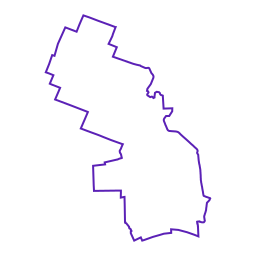 Lisa, Teleorman, Romania (Equal Earth projection)
{"feature_id": "2599482B42083159731508", "entity_name": "Lisa", "entity_type": "district", "adm_level": 2, "iso_a3": "ROU", "parent_name": "Romania", "parent_adm1": "Teleorman", "projection": "equal_earth", "projection_center": [25.161, 43.763], "detail": "fine", "context": "isolated", "style": "outline", "palette": "violet", "viewbox_px": 256, "rotation_deg": 0, "n_neighbors": 0, "source": "geoboundaries", "source_scale": "gbopen_adm2", "svg_char_len": 5268}
<svg xmlns="http://www.w3.org/2000/svg" viewBox="0 0 256 256"><path d="M169.2,116.0L172.2,111.3L172.3,108.3L163.6,108.6L162.8,95.6L162.3,95.4L160.8,94.9L160.2,94.3L159.9,93.1L159.0,92.2L156.7,91.8L155.0,92.8L154.5,96.5L154.5,97.5L153.4,98.0L152.6,97.0L151.9,96.6L150.2,97.1L147.4,95.3L147.2,94.4L148.5,92.4L148.1,91.4L147.0,90.9L147.4,88.8L150.8,84.1L153.4,77.7L153.5,76.2L152.8,74.7L151.4,73.1L149.3,68.4L148.9,68.0L148.3,67.8L146.2,68.1L145.3,68.0L140.7,66.0L140.0,65.4L138.7,65.2L137.5,64.9L136.9,64.8L133.2,63.8L118.6,58.7L112.9,56.7L116.8,47.2L111.9,45.2L108.6,43.9L112.3,36.2L112.7,34.9L113.0,33.9L115.6,27.1L115.4,27.1L110.3,25.2L99.3,21.2L98.2,20.8L89.3,17.4L83.4,15.4L81.2,20.4L79.4,24.6L76.6,31.7L65.3,27.4L57.9,43.9L54.5,55.8L52.2,55.1L49.1,64.1L45.8,72.3L48.7,73.3L53.4,75.2L49.8,83.7L51.6,84.5L60.1,87.8L58.6,91.4L55.1,99.5L71.1,105.5L87.7,111.9L87.9,112.0L84.3,120.4L83.9,121.3L80.8,128.5L81.1,128.6L87.7,131.1L88.6,131.4L89.6,131.8L97.0,134.5L99.9,135.6L103.3,137.0L110.9,140.0L121.2,143.7L122.8,144.2L122.2,145.5L121.7,146.7L121.5,147.1L121.0,148.5L120.7,149.1L120.5,149.4L120.2,149.9L119.7,150.9L119.7,151.3L119.8,151.7L119.9,152.5L120.0,152.8L120.2,153.1L120.3,153.1L120.5,153.5L120.7,153.8L120.9,154.1L121.0,154.6L121.2,155.1L121.2,155.4L121.3,155.7L121.5,156.7L121.8,157.6L121.8,158.0L121.2,158.2L120.6,158.3L120.4,158.4L119.9,158.5L119.6,158.6L119.3,158.7L119.0,158.8L118.5,159.1L117.9,159.3L117.5,159.5L117.3,159.5L104.7,162.4L105.1,164.4L93.1,165.8L93.1,166.2L93.7,185.2L94.0,190.9L117.3,190.6L120.2,190.6L120.9,190.6L120.9,192.9L120.8,195.4L120.8,197.1L120.8,197.6L123.8,197.0L124.5,196.9L124.7,204.6L125.0,222.1L125.1,222.6L125.4,222.6L125.4,222.9L125.5,223.0L125.8,223.1L126.0,223.2L126.2,223.3L126.3,223.4L126.5,223.5L127.0,224.2L127.4,224.7L128.1,225.5L128.5,226.1L129.0,226.7L129.0,226.8L129.1,227.0L129.1,227.7L129.3,228.1L129.6,228.4L129.6,228.5L129.8,228.6L130.3,228.8L130.6,229.3L130.8,229.4L130.9,229.8L131.0,230.1L131.1,230.3L131.4,230.7L131.5,230.9L131.5,231.1L131.4,231.2L131.3,231.3L131.2,231.3L131.1,231.2L130.9,231.2L130.9,231.3L130.8,231.5L130.8,231.9L130.8,232.2L130.8,232.5L130.8,232.9L130.8,233.2L134.2,240.6L135.2,240.1L137.9,238.8L140.8,237.4L141.5,239.0L142.2,240.6L143.9,240.1L146.7,239.1L152.9,236.9L155.7,236.1L159.6,235.0L163.9,233.7L171.2,232.9L171.1,229.3L178.3,229.9L187.0,232.2L194.4,234.8L198.4,236.4L198.0,227.2L197.9,226.6L198.0,226.4L198.0,226.2L197.9,225.9L197.9,225.6L197.8,225.4L197.8,225.2L197.8,224.9L197.7,224.7L197.7,224.4L197.7,224.1L197.5,223.5L197.3,223.5L197.2,222.8L197.2,222.5L197.1,222.0L197.1,221.8L197.1,221.7L197.4,221.6L197.8,221.6L198.2,221.5L198.6,221.5L199.1,221.4L199.3,221.4L199.6,221.4L199.7,221.5L199.8,221.6L199.9,221.8L200.0,221.8L200.3,221.9L200.5,221.9L200.8,222.0L201.0,222.1L201.4,222.2L201.9,222.3L202.5,222.3L203.0,222.3L203.3,222.3L203.5,222.3L203.7,222.2L203.9,222.2L204.1,222.0L204.2,221.8L204.4,221.6L204.5,221.4L204.6,221.2L204.7,220.9L204.8,220.8L204.8,220.7L204.8,220.4L204.7,220.1L204.6,219.7L204.5,219.2L204.5,218.8L204.4,218.4L204.3,218.0L204.3,217.6L204.2,217.1L204.2,216.6L204.2,216.2L204.3,215.9L204.4,215.5L204.5,215.2L204.7,214.7L204.8,214.1L205.0,213.6L205.1,213.3L205.2,213.0L205.4,212.5L205.6,211.7L205.8,211.1L205.8,210.9L205.9,210.6L206.1,210.1L206.1,209.8L206.1,209.4L206.2,208.5L206.3,207.6L206.5,206.5L206.6,205.3L206.7,204.7L206.8,203.9L206.9,203.3L206.9,203.0L207.0,202.8L207.1,202.6L207.4,202.3L208.0,201.7L208.6,201.1L209.1,200.5L209.3,200.3L209.5,200.0L209.7,199.7L209.8,199.2L210.0,198.8L210.1,198.5L210.2,198.4L210.1,198.2L209.9,198.1L209.6,198.0L209.3,197.9L208.9,197.8L208.4,197.6L207.3,197.2L206.3,196.9L205.8,196.7L204.9,196.3L204.5,196.2L203.7,195.8L203.6,195.5L203.5,195.3L203.4,194.8L203.1,193.1L202.9,191.6L202.7,190.7L202.5,189.6L202.2,187.9L202.1,187.0L201.8,185.8L201.7,185.1L201.5,184.1L201.4,183.4L201.2,182.7L201.1,181.6L200.9,180.4L200.8,179.4L200.8,178.6L200.8,178.2L200.7,177.4L200.7,176.0L200.6,174.2L200.5,173.1L200.5,172.3L200.4,171.6L200.4,170.7L200.3,170.0L200.3,169.6L200.1,168.4L199.9,167.3L199.7,166.0L199.6,165.5L199.6,165.2L199.3,164.2L199.2,163.7L199.1,163.1L198.9,161.8L198.7,160.5L198.5,158.4L198.4,157.1L198.3,156.3L198.3,156.1L198.2,154.8L198.0,154.4L197.5,153.7L197.3,153.3L197.2,153.1L197.1,152.9L197.2,152.5L197.3,152.2L197.4,151.8L197.5,151.4L197.6,151.2L197.6,150.9L197.6,150.6L197.4,150.1L197.2,149.6L197.0,149.3L196.7,149.0L196.2,148.5L195.3,147.7L194.6,147.1L194.2,146.7L193.8,146.3L193.1,145.6L191.1,143.9L189.2,142.1L186.1,139.3L185.3,138.6L182.8,136.4L181.5,135.2L180.3,134.1L180.1,133.9L180.0,133.7L179.9,133.6L179.6,133.3L179.3,133.0L179.0,132.8L178.8,132.6L178.6,132.5L178.4,132.3L178.1,132.1L177.8,132.0L177.3,131.8L176.8,131.7L176.5,131.6L176.0,131.5L175.8,131.5L175.2,131.4L174.7,131.4L173.6,131.3L172.1,131.2L171.0,131.1L169.9,131.0L169.5,131.0L169.1,130.9L168.8,130.8L168.5,130.6L168.2,130.4L167.9,130.2L167.7,129.9L167.6,129.7L167.4,129.4L167.2,129.1L167.1,128.6L166.7,127.8L166.3,126.8L166.0,126.0L165.6,125.3L164.6,122.6L164.3,122.0L164.0,121.1L163.9,120.9L163.8,120.4L163.8,120.0L163.8,119.6L163.9,119.3L164.0,119.0L164.1,118.8L164.2,118.5L164.4,118.2L164.6,118.0L164.9,117.6L165.3,117.1L165.5,116.7L165.9,116.2L166.1,116.0L169.2,116.0Z" fill="none" stroke="#5b21b6" stroke-width="2"/></svg>